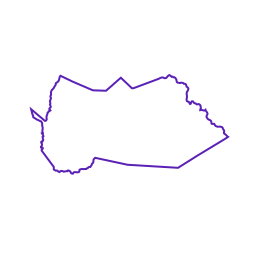 Baianópolis, Bahia, Brazil (orthographic projection), rotated 288°
{"feature_id": "56859067B57298755452364", "entity_name": "Baianópolis", "entity_type": "district", "adm_level": 2, "iso_a3": "BRA", "parent_name": "Brazil", "parent_adm1": "Bahia", "projection": "orthographic", "projection_center": [-44.418, -12.672], "detail": "fine", "context": "isolated", "style": "outline", "palette": "violet", "viewbox_px": 256, "rotation_deg": 288, "n_neighbors": 0, "source": "geoboundaries", "source_scale": "gbopen_adm2", "svg_char_len": 4254}
<svg xmlns="http://www.w3.org/2000/svg" viewBox="0 0 256 256"><g transform="rotate(288 128 128)"><path d="M156.8,47.7L156.0,47.4L154.9,47.3L153.7,47.4L152.7,47.5L151.9,47.5L151.0,47.3L150.1,46.9L149.2,46.2L148.5,45.6L147.9,45.6L147.3,45.8L146.5,45.8L145.7,45.6L144.9,45.4L143.9,45.1L143.2,45.0L142.5,44.9L141.6,44.4L140.8,43.9L139.9,43.8L138.9,43.6L138.1,43.7L137.4,44.0L136.4,44.3L135.8,44.6L135.1,44.4L134.3,44.4L133.3,44.8L132.7,45.5L131.7,45.6L130.7,45.5L130.0,45.5L129.3,45.4L128.7,45.9L128.0,46.3L127.0,46.6L126.2,46.5L125.6,47.0L125.1,47.5L124.5,47.9L123.7,48.0L123.1,47.6L122.3,47.2L121.7,47.3L121.3,48.0L120.7,48.7L120.3,48.2L119.7,48.1L119.5,47.5L118.6,47.3L117.7,46.8L116.8,47.0L116.1,47.0L115.3,47.0L114.5,46.9L113.5,47.0L112.8,47.3L112.0,47.5L111.3,48.0L110.1,47.9L109.4,47.5L109.1,46.8L115.9,30.1L114.9,30.7L114.0,31.4L112.9,31.9L112.1,32.5L111.2,33.1L110.4,34.0L109.3,34.3L108.8,34.9L108.7,35.7L108.5,36.5L108.3,37.2L108.1,37.9L107.8,39.0L107.8,40.3L107.6,41.1L107.4,42.2L107.4,43.5L106.8,44.1L106.2,44.7L105.3,45.2L104.2,45.4L103.7,45.8L102.9,46.1L102.2,46.7L101.1,47.0L100.0,47.3L98.8,47.4L98.3,47.7L97.3,47.9L96.9,48.7L96.1,48.8L96.0,48.2L95.3,49.0L94.7,49.7L93.9,50.1L93.2,49.5L92.2,50.0L91.3,50.4L90.7,51.0L89.8,51.1L89.2,50.5L88.5,50.7L87.9,49.8L87.2,50.0L86.7,50.8L85.8,51.3L84.7,51.5L83.7,51.6L83.3,51.0L82.6,51.3L82.5,52.0L82.5,53.2L81.6,53.2L80.6,52.6L79.7,53.0L70.4,66.1L69.9,66.8L69.0,68.1L68.1,69.4L65.6,70.3L65.1,72.3L65.3,73.0L65.6,73.6L65.5,74.2L65.1,74.9L65.0,75.6L64.9,76.4L66.2,77.2L66.7,78.1L66.7,79.0L66.8,79.7L66.6,80.6L67.2,81.4L67.6,82.1L68.0,82.9L68.2,83.8L69.1,84.1L69.2,84.9L69.0,85.7L68.9,86.5L68.3,87.0L67.6,87.6L67.4,88.4L67.3,89.0L67.7,89.8L68.4,89.8L69.0,90.1L69.5,90.7L69.8,91.7L70.0,92.7L70.3,93.8L70.6,94.6L71.2,95.0L72.0,95.1L73.0,94.8L73.7,95.1L74.1,95.8L74.7,96.5L74.9,97.1L75.0,97.8L75.2,98.6L75.6,99.3L75.8,100.1L76.1,101.0L76.9,101.3L77.4,102.1L78.4,102.5L79.0,103.2L79.3,104.2L80.1,104.4L80.8,104.6L81.8,104.9L82.5,104.7L83.1,104.9L83.7,105.3L84.3,105.6L85.2,105.5L85.8,105.3L86.5,105.2L87.6,105.0L88.4,105.4L89.5,106.0L92.9,138.9L93.4,140.9L93.8,142.4L105.6,187.9L123.6,202.9L145.7,222.0L148.9,224.7L150.5,225.9L150.7,225.3L151.0,224.5L151.6,223.5L152.0,222.7L152.3,221.7L152.7,220.8L153.5,220.6L154.2,220.6L154.9,220.4L155.6,219.8L156.1,219.2L156.5,218.5L157.4,218.0L157.9,217.2L157.9,216.4L157.8,215.4L157.3,213.8L156.9,212.8L156.9,211.9L157.0,210.7L157.5,209.8L158.2,209.2L158.6,208.6L158.3,207.9L157.9,206.9L158.0,206.1L158.8,205.7L159.9,205.2L160.4,204.7L160.8,203.7L160.9,202.7L161.0,201.8L161.5,200.7L162.2,200.0L162.7,199.3L163.4,199.1L164.0,199.0L164.8,199.2L165.5,199.3L166.4,199.1L167.0,198.6L167.5,198.0L167.9,197.5L168.3,196.9L168.6,196.3L169.2,196.0L168.3,195.4L168.0,194.6L168.0,193.4L168.0,192.4L167.6,191.8L167.3,191.2L168.2,191.0L169.1,191.2L169.8,191.0L170.4,190.7L171.1,190.3L171.8,189.9L172.3,189.2L172.6,188.1L172.4,187.3L172.0,186.8L171.7,185.8L172.3,184.8L172.1,183.5L172.5,182.7L172.9,182.3L173.3,181.7L173.3,181.0L173.0,180.4L172.2,180.2L171.0,180.2L170.4,180.1L170.0,179.6L170.7,178.7L171.4,178.2L171.7,177.5L171.6,176.8L171.7,175.9L172.6,175.1L173.5,174.8L174.9,174.7L175.8,174.4L176.7,174.2L177.7,173.7L178.3,173.3L179.5,173.0L180.6,172.9L181.3,173.1L182.0,173.3L182.8,173.4L183.5,173.3L184.2,173.2L184.7,172.8L185.2,171.7L185.5,170.9L186.2,170.4L186.8,170.1L187.5,169.4L187.6,168.3L187.3,167.6L187.7,167.0L187.8,166.3L187.7,165.5L187.6,164.7L187.3,164.1L186.7,163.4L186.7,162.5L186.6,161.8L186.5,161.2L186.7,160.4L187.5,159.8L188.2,159.4L188.8,159.2L189.4,158.6L189.8,158.0L190.3,157.5L190.6,156.4L190.2,155.4L190.6,154.7L190.6,154.1L190.2,153.6L190.6,152.7L191.0,151.7L191.1,150.9L190.4,150.3L189.7,149.9L189.0,149.5L188.2,149.3L187.3,148.8L186.9,148.1L186.7,147.3L186.7,146.6L186.9,145.9L186.7,145.1L186.4,144.4L185.8,143.5L184.2,141.9L179.2,135.6L168.0,121.5L167.5,120.8L167.0,119.5L173.6,105.7L173.0,105.3L172.2,104.9L171.7,104.5L171.0,104.1L169.8,103.4L169.0,102.9L168.2,102.5L167.1,101.8L166.2,101.2L165.4,100.8L164.9,100.5L164.0,100.0L163.0,99.4L162.0,98.8L161.3,98.4L160.8,98.0L160.1,97.7L159.2,97.1L158.2,96.5L157.6,96.2L156.6,95.5L153.0,83.0L153.1,81.8L155.1,60.0L155.5,57.5L155.7,55.6L156.8,47.7Z" fill="none" stroke="#5b21b6" stroke-width="2"/></g></svg>